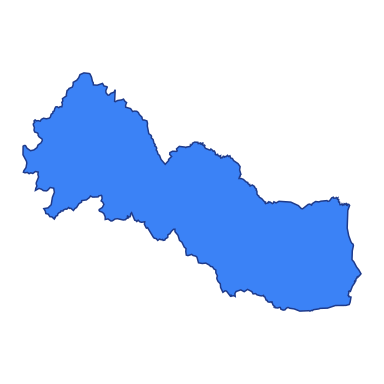 the district of Tha Chang, Surat Thani, Thailand
{"feature_id": "78962969B72176569689824", "entity_name": "Tha Chang", "entity_type": "district", "adm_level": 2, "iso_a3": "THA", "parent_name": "Thailand", "parent_adm1": "Surat Thani", "projection": "natural_earth1", "projection_center": [98.956, 9.358], "detail": "fine", "context": "isolated", "style": "filled", "palette": "blue", "viewbox_px": 384, "rotation_deg": 0, "n_neighbors": 0, "source": "geoboundaries", "source_scale": "gbopen_adm2", "svg_char_len": 5965}
<svg xmlns="http://www.w3.org/2000/svg" viewBox="0 0 384 384"><path d="M115.2,89.7L114.0,92.2L110.9,93.3L109.0,95.1L107.9,95.1L106.0,92.8L105.8,90.7L107.2,87.3L107.0,86.7L104.0,86.0L102.5,83.4L97.2,85.2L93.4,84.9L93.2,82.6L92.5,81.6L91.5,77.2L90.0,74.0L89.2,73.5L83.9,72.9L80.0,74.6L78.7,77.8L76.7,80.3L73.2,82.3L73.1,85.0L72.3,87.1L69.0,88.5L68.4,89.6L67.1,90.5L66.3,94.7L66.5,95.8L62.5,98.6L62.8,101.1L61.8,102.4L62.4,104.2L61.8,106.8L60.2,106.6L58.8,107.7L57.0,106.7L55.6,107.0L54.6,109.1L54.3,110.9L53.0,111.5L52.8,113.2L51.2,114.2L50.4,117.0L49.4,118.1L46.3,118.8L43.6,118.2L41.3,119.4L40.2,121.2L38.1,120.6L36.5,120.9L35.1,119.9L34.0,121.0L34.7,122.2L33.4,123.7L33.3,124.8L34.4,127.6L34.0,130.1L34.7,132.0L37.6,133.0L38.1,134.0L38.1,135.3L39.0,136.8L42.1,139.1L42.3,140.5L41.0,142.9L38.0,145.0L37.0,147.6L33.8,150.0L30.5,150.7L27.0,148.2L25.5,145.6L24.2,145.5L23.1,146.2L23.0,154.8L26.4,161.1L26.8,163.1L26.0,167.6L23.9,170.6L23.4,172.2L25.0,172.8L27.3,172.4L29.1,173.7L30.8,172.8L32.8,173.5L35.4,171.5L38.2,172.1L37.9,174.5L38.6,177.0L36.3,182.6L36.2,183.9L36.9,186.0L35.8,188.3L35.4,190.4L39.0,188.4L41.6,189.3L43.3,190.6L46.3,190.9L47.5,190.4L50.2,187.5L53.7,188.2L54.4,192.3L52.4,197.3L51.2,204.7L48.0,207.9L43.8,208.6L45.3,211.1L45.8,213.5L48.3,214.2L49.9,216.7L51.8,216.8L54.3,219.1L55.0,218.0L54.8,217.5L55.3,217.4L56.0,216.0L57.5,215.5L57.8,214.0L58.6,213.0L60.6,212.0L61.0,210.9L63.0,211.0L63.4,210.0L65.7,209.0L66.8,209.2L68.7,207.5L69.5,208.4L70.9,208.3L73.4,210.5L75.0,208.4L76.5,207.6L78.9,203.7L81.5,202.2L81.7,200.6L86.4,199.9L89.5,197.5L90.4,196.0L92.7,197.1L98.1,196.9L98.7,196.0L101.3,195.3L101.8,195.9L102.1,198.6L101.1,200.9L102.6,202.0L103.9,204.4L102.3,207.5L99.2,209.5L99.1,210.5L99.6,211.2L102.0,212.1L103.8,213.5L105.2,216.8L105.2,219.5L108.0,218.9L111.0,221.0L112.4,220.8L115.1,219.0L117.4,218.7L123.3,220.0L125.5,219.7L126.5,218.5L128.4,217.9L128.5,217.3L127.4,216.8L127.5,216.0L129.1,216.9L130.0,216.8L130.6,215.4L130.6,213.9L131.6,212.7L134.7,220.2L135.9,220.5L136.8,221.5L138.1,220.2L139.8,221.8L141.4,222.3L144.7,221.8L144.4,224.3L146.2,227.9L146.8,228.2L147.6,227.7L153.3,237.2L154.1,238.1L156.3,238.7L157.7,240.4L159.6,239.1L161.2,239.8L162.6,239.5L163.1,240.4L164.8,240.1L165.4,238.8L167.7,237.5L168.0,234.6L169.8,233.8L171.5,231.2L173.5,229.3L174.9,229.2L175.0,231.7L178.0,235.3L179.5,240.4L181.9,242.2L184.3,247.2L186.0,248.5L185.8,251.6L186.3,255.1L187.9,255.6L191.7,254.4L193.1,255.5L195.7,256.1L197.0,257.2L198.5,262.8L202.3,263.5L205.8,263.1L209.5,265.2L210.5,266.4L212.5,266.8L214.0,269.0L215.8,270.0L215.9,272.9L217.4,275.8L216.8,278.1L217.1,279.4L218.1,281.5L220.3,283.8L220.6,287.5L222.9,292.3L225.1,290.8L226.6,291.2L230.5,296.3L231.0,296.3L231.2,295.3L231.9,296.0L234.0,295.7L235.2,296.4L234.9,293.5L236.1,291.5L240.8,289.9L244.2,291.7L247.6,289.4L251.8,291.6L253.1,293.9L255.6,293.6L256.9,294.8L260.1,295.7L262.0,295.9L263.5,295.4L263.9,296.5L264.9,297.0L266.1,300.1L267.1,300.4L267.6,301.6L269.1,302.2L270.9,301.8L271.2,302.4L272.0,302.0L272.9,304.8L274.4,306.4L274.3,306.9L274.8,306.7L275.1,307.7L277.9,308.0L279.2,307.4L280.3,307.5L280.9,309.2L283.1,310.1L284.9,309.9L286.4,308.2L288.0,307.4L289.9,308.3L294.2,308.9L299.8,311.1L309.0,310.7L309.9,311.1L311.6,310.4L312.5,310.6L313.4,309.7L319.0,308.9L319.8,308.4L327.6,308.1L335.5,305.5L345.9,305.4L349.2,304.5L350.1,302.2L351.0,297.1L348.8,296.6L348.8,295.7L348.2,295.5L348.9,292.3L348.6,291.6L349.3,290.9L350.4,291.4L352.4,286.2L354.9,282.5L354.5,281.8L354.7,281.1L355.2,281.4L355.8,280.9L355.9,279.2L357.0,278.0L357.0,277.2L358.0,277.1L357.9,276.5L359.2,276.0L361.0,273.8L358.8,269.9L356.6,267.1L353.9,261.9L352.0,259.7L352.3,250.8L353.4,245.7L353.1,244.2L351.7,243.1L350.8,241.5L348.7,235.7L347.2,228.1L347.8,210.4L349.6,205.4L348.7,204.3L347.9,204.4L347.2,205.5L346.6,205.2L346.7,203.7L346.2,203.4L345.3,204.3L344.2,203.7L343.9,204.8L343.2,204.5L342.8,205.1L342.0,203.9L341.7,204.6L340.0,204.7L339.5,202.1L338.9,202.2L338.5,201.5L338.7,199.7L337.5,199.3L337.8,197.9L337.3,198.2L336.4,197.6L336.3,198.0L333.8,198.2L333.3,197.2L331.7,197.9L329.5,200.9L327.9,201.4L327.0,200.6L320.9,201.2L318.8,201.9L315.6,201.5L312.2,203.7L311.6,205.1L309.8,204.1L308.2,204.4L302.6,208.8L301.2,208.5L298.4,205.6L290.8,202.1L279.0,201.3L276.1,202.9L273.9,201.8L273.4,203.0L272.4,203.6L269.8,201.9L268.7,202.6L268.4,202.0L267.5,203.0L265.5,203.6L265.1,202.9L265.4,202.0L264.4,201.7L261.7,198.6L259.4,197.3L258.6,195.7L258.1,195.6L257.0,194.1L256.9,191.1L256.2,190.3L256.4,189.1L254.6,187.4L254.5,186.5L252.3,185.0L250.1,186.0L249.7,184.5L249.2,184.7L247.8,183.4L247.8,182.5L246.1,181.9L243.4,179.4L240.8,178.4L240.1,178.7L239.5,177.7L239.2,177.9L239.7,176.3L240.3,176.0L240.3,174.8L240.9,174.4L239.6,169.9L240.1,166.6L238.1,163.7L233.6,160.6L232.4,158.5L230.6,158.0L229.9,155.8L228.5,156.5L227.5,155.3L226.0,156.7L225.2,156.5L224.4,157.1L224.1,156.5L223.3,156.2L222.4,157.7L220.8,158.0L220.8,156.9L220.0,156.7L220.4,155.7L219.2,156.1L218.2,155.7L217.6,154.3L216.3,154.9L215.4,154.5L215.4,153.2L214.4,151.0L213.2,151.3L212.9,150.6L210.9,149.0L210.3,150.0L209.6,150.0L205.4,148.3L204.5,146.9L204.4,145.7L204.8,145.6L204.5,145.1L203.5,145.5L202.0,144.4L202.9,143.9L202.8,143.0L200.5,143.9L200.4,143.0L198.2,143.6L197.9,142.3L194.7,142.1L192.5,143.2L192.1,144.3L190.8,145.5L190.4,145.0L190.1,146.5L186.6,147.0L185.8,147.6L185.2,147.1L179.3,146.4L176.5,148.9L177.2,150.8L176.6,151.4L172.6,151.2L169.9,152.6L169.7,154.4L171.6,156.5L168.6,159.4L168.7,160.5L165.2,164.3L161.0,159.4L159.5,155.4L158.0,154.1L157.2,151.3L156.2,150.0L156.7,148.1L155.8,146.4L154.7,145.9L155.1,144.4L154.0,143.3L153.1,139.5L151.3,137.9L151.5,136.2L151.0,135.3L148.8,133.7L147.3,126.0L147.5,123.2L146.9,120.9L144.3,120.0L143.1,120.1L142.1,118.7L142.0,117.2L139.3,114.5L138.4,112.6L136.8,111.3L134.4,111.1L132.6,111.5L130.6,108.6L125.7,107.2L125.6,105.1L126.6,102.6L125.0,101.4L123.5,99.1L121.6,99.9L117.6,100.5L115.4,101.7L114.6,101.4L115.2,89.7Z" fill="#3b82f6" stroke="#1e3a8a" stroke-width="1.5"/></svg>